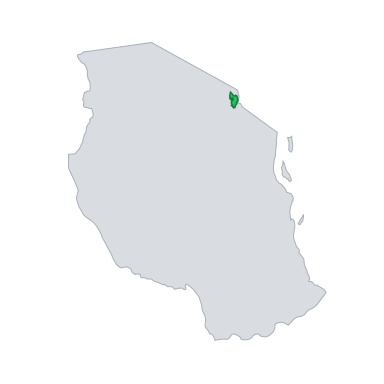 location of Moshi, Kilimanjaro, United Republic of Tanzania, rotated 352°
{"feature_id": "72390352B4446234130359", "entity_name": "Moshi", "entity_type": "district", "adm_level": 2, "iso_a3": "TZA", "parent_name": "United Republic of Tanzania", "parent_adm1": "Kilimanjaro", "projection": "equal_earth", "projection_center": [37.376, -3.37], "detail": "fine", "context": "in_parent", "style": "filled", "palette": "green", "viewbox_px": 384, "rotation_deg": 352, "n_neighbors": 0, "source": "geoboundaries", "source_scale": "gbopen_adm2", "svg_char_len": 6287}
<svg xmlns="http://www.w3.org/2000/svg" viewBox="0 0 384 384"><g transform="rotate(352 192 192)"><path d="M150.5,280.0L147.0,277.5L143.9,276.0L141.3,274.4L140.1,272.8L137.7,272.2L135.6,271.9L133.6,270.4L129.7,269.8L129.2,268.9L129.1,266.6L128.4,266.1L127.0,265.5L125.4,265.5L124.5,265.8L123.9,265.7L122.6,264.4L121.4,262.7L120.9,260.1L119.1,258.4L117.0,257.0L111.2,257.2L110.2,256.8L108.8,255.4L107.2,253.2L105.9,250.7L104.7,247.3L103.5,242.6L96.7,224.2L96.0,220.7L94.7,216.8L92.5,212.0L90.2,208.5L87.1,205.3L83.6,202.1L81.7,199.9L78.1,191.2L77.3,187.1L76.7,182.9L76.9,181.2L79.2,175.8L79.4,174.2L79.1,172.2L78.0,167.8L76.5,162.5L73.6,153.0L73.2,150.5L73.3,148.7L74.9,139.0L74.9,137.6L81.6,137.8L86.5,133.5L90.7,127.1L91.6,124.5L93.3,120.4L95.0,118.3L95.7,116.9L96.6,112.8L98.9,110.0L101.0,107.9L100.6,106.4L100.9,105.9L102.1,104.8L104.4,103.8L104.9,101.6L104.9,99.2L104.5,97.9L104.5,96.3L104.2,95.4L102.7,95.2L100.4,94.0L98.5,93.5L97.2,92.8L96.8,92.2L96.6,90.8L97.6,87.1L96.6,85.5L98.9,79.3L99.3,78.6L100.2,78.5L101.5,77.8L102.8,77.5L103.8,77.8L104.5,77.5L105.2,76.8L105.7,74.7L106.2,71.2L105.9,68.3L105.0,66.1L104.7,62.7L105.1,58.2L104.8,54.5L103.7,51.4L102.6,49.7L100.9,48.8L98.3,44.2L97.5,42.0L97.6,40.6L98.5,40.0L100.2,40.2L101.8,39.7L103.3,38.4L104.7,38.1L105.5,38.3L172.6,38.3L251.0,97.2L251.3,97.9L251.9,102.9L251.8,104.7L250.6,107.6L250.2,109.1L250.2,110.2L250.5,110.6L251.5,110.7L252.4,111.4L252.7,112.0L253.4,114.2L254.2,115.3L284.0,144.2L284.7,144.6L284.2,147.0L282.6,152.9L282.5,155.3L281.8,158.2L281.2,160.1L279.4,168.4L278.0,171.4L276.0,178.7L275.7,184.2L276.8,188.1L277.2,191.7L279.5,195.3L281.3,196.6L282.6,198.2L284.7,201.9L286.0,205.6L289.9,207.4L291.5,211.6L290.9,214.5L289.1,216.9L287.4,220.7L286.0,225.8L285.9,233.5L286.9,232.4L289.0,234.3L289.2,240.0L287.1,246.6L286.4,249.7L286.3,252.4L287.8,260.3L290.2,264.3L290.0,265.6L289.4,266.7L293.4,273.8L293.1,280.0L294.6,284.9L295.2,289.0L296.2,292.3L296.4,294.5L295.1,296.9L298.1,297.5L299.8,299.6L300.6,301.5L302.7,301.4L303.9,302.7L305.5,303.8L309.2,307.0L310.2,308.6L310.8,310.2L300.7,320.4L297.0,323.0L294.4,324.2L291.6,324.9L289.0,326.5L286.5,329.0L283.3,330.3L279.4,330.3L275.3,332.0L268.9,337.3L265.1,334.4L262.2,333.4L258.8,333.5L256.8,333.9L256.0,334.5L255.4,336.3L254.8,339.2L252.6,342.1L248.7,344.8L245.2,345.8L241.9,345.1L239.7,344.0L238.5,342.4L236.8,341.7L234.6,341.8L232.4,342.9L230.4,345.0L227.1,345.9L222.6,345.6L220.1,344.6L219.8,342.9L217.8,340.8L214.2,338.5L211.5,338.4L209.8,340.7L208.3,342.1L206.8,342.7L205.6,342.7L203.7,342.1L198.8,341.9L194.0,342.0L193.5,338.7L192.6,336.7L191.7,335.5L190.1,335.2L189.6,334.3L189.1,332.3L188.2,330.6L187.2,329.1L186.5,327.8L186.3,326.6L186.5,325.2L187.5,321.9L187.8,319.6L187.6,317.2L187.1,314.8L186.0,311.9L186.1,311.1L185.7,309.1L185.7,307.8L185.9,306.1L185.6,303.8L184.7,299.0L184.7,297.8L183.6,295.5L180.5,290.0L180.3,289.2L175.4,283.7L173.4,282.5L172.7,283.5L172.4,284.5L172.6,286.3L172.5,287.1L172.3,287.5L171.1,287.5L170.4,287.3L168.5,285.8L167.0,285.4L163.4,285.7L162.2,286.0L161.2,285.7L159.2,283.2L157.0,282.6L155.0,282.5L151.6,279.6L150.5,280.0ZM290.5,187.2L292.1,193.3L291.9,194.5L290.7,195.2L290.1,195.2L289.4,194.3L288.9,192.2L288.0,192.7L286.6,190.2L285.1,190.1L283.8,187.2L284.3,184.6L284.0,180.2L285.6,178.0L286.5,174.2L287.5,176.8L287.8,180.8L289.1,185.5L290.5,187.2ZM298.4,150.7L298.5,152.2L298.2,153.6L298.3,157.9L298.1,160.8L296.9,164.8L295.9,166.2L295.0,165.8L294.3,165.1L293.7,164.0L294.9,156.7L294.3,151.3L296.6,151.9L298.4,150.7ZM295.0,239.0L293.8,239.4L293.4,239.0L292.7,237.8L293.9,236.8L295.1,234.8L297.9,231.9L299.2,229.6L299.0,231.8L297.4,236.8L296.1,237.1L295.0,239.0Z" fill="#d9dde1" stroke="#a8b0b8" stroke-width="1"/><path d="M243.7,110.4L243.7,110.6L243.6,110.9L243.5,111.1L243.6,111.3L243.6,111.6L243.8,111.6L243.7,111.7L243.8,111.7L243.8,111.8L243.8,112.0L243.7,112.0L243.8,112.1L243.9,112.3L243.9,112.5L244.0,112.5L244.2,112.8L244.3,112.9L244.2,113.0L244.3,113.1L244.4,113.3L244.4,113.6L244.5,113.9L244.5,114.0L244.8,114.3L245.1,114.5L245.0,114.4L245.1,114.5L245.2,114.4L245.3,114.3L245.6,114.3L245.8,114.4L245.7,114.3L245.8,114.3L245.7,114.2L245.7,113.9L245.8,113.8L245.9,113.7L245.8,113.4L246.0,113.3L246.3,113.2L246.6,113.1L246.5,112.9L246.5,113.0L246.5,112.9L246.6,113.1L246.8,113.1L246.8,112.9L247.0,112.8L247.0,112.7L247.1,112.4L247.2,112.2L247.3,112.1L247.4,111.9L247.5,111.8L247.6,111.7L247.8,111.6L247.9,111.4L247.9,111.5L247.9,111.4L248.0,111.4L248.2,111.2L248.2,111.3L248.3,111.3L248.4,111.2L248.5,111.1L248.5,110.9L248.6,110.7L248.6,110.3L248.7,110.2L248.8,110.0L248.8,109.9L248.9,109.7L249.0,109.7L249.0,109.4L249.0,109.5L249.0,109.4L249.0,109.2L249.0,108.9L248.9,108.9L249.2,108.6L249.7,108.3L249.8,108.3L250.4,107.5L250.2,107.2L250.1,106.8L250.1,106.7L250.2,106.4L250.1,106.1L250.0,105.9L250.1,105.6L250.1,105.3L250.2,105.0L250.1,104.9L250.0,104.5L249.9,104.3L249.9,104.0L250.0,103.8L250.0,103.6L249.8,103.2L249.7,103.1L249.6,102.9L249.4,103.0L249.1,102.9L248.9,102.9L248.7,102.8L248.4,102.8L248.4,102.7L248.3,102.8L248.2,102.8L248.2,102.7L247.9,102.6L247.6,102.7L247.1,102.7L246.8,102.7L246.6,102.6L246.5,102.4L246.4,102.3L246.2,102.0L246.1,101.8L246.0,101.5L245.7,100.8L245.5,100.6L244.8,99.7L244.3,98.9L244.0,98.5L243.8,99.1L243.8,99.3L243.7,99.4L243.7,99.6L243.5,99.9L243.5,100.0L243.4,100.1L243.2,100.7L243.1,100.9L243.0,101.1L242.9,101.4L242.9,101.5L243.0,101.8L242.9,102.0L242.7,102.4L242.7,102.6L242.8,102.8L242.7,103.1L242.8,103.2L242.7,103.4L242.7,103.5L242.5,104.2L242.5,104.3L242.7,104.5L242.7,104.8L242.9,104.8L243.0,104.8L243.2,105.2L243.2,105.3L243.1,105.5L243.3,105.6L243.5,105.6L243.5,105.4L243.7,105.5L243.7,105.4L243.7,105.2L243.8,105.1L243.9,104.9L244.0,104.8L244.0,104.7L244.1,104.8L244.1,104.7L244.3,104.9L244.6,105.0L244.7,104.9L244.7,105.0L244.8,105.2L244.7,105.2L244.8,105.3L245.1,105.2L245.3,105.2L245.3,105.3L245.4,105.5L245.7,105.5L245.7,105.8L245.7,106.0L245.4,106.5L244.9,106.5L244.9,106.8L244.6,107.0L244.3,106.9L244.2,106.9L244.3,106.9L244.1,106.7L244.0,106.8L243.8,106.8L243.7,106.9L243.7,107.0L243.7,107.3L243.9,107.4L244.0,107.4L244.0,107.5L243.9,107.8L243.9,108.0L243.7,108.3L243.7,108.5L243.6,108.8L243.4,108.9L243.4,109.0L243.4,109.3L243.4,109.5L243.4,109.8L243.5,109.9L243.5,110.0L243.7,110.4L243.7,110.4Z" fill="#22c55e" stroke="#15803d" stroke-width="1.5"/></g></svg>